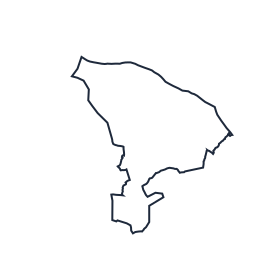 Ihitte/Uboma, Imo, Nigeria (Natural Earth projection), rotated 315°
{"feature_id": "59680162B14530293305891", "entity_name": "Ihitte/Uboma", "entity_type": "district", "adm_level": 2, "iso_a3": "NGA", "parent_name": "Nigeria", "parent_adm1": "Imo", "projection": "natural_earth1", "projection_center": [7.376, 5.644], "detail": "fine", "context": "isolated", "style": "outline", "palette": "slate", "viewbox_px": 256, "rotation_deg": 315, "n_neighbors": 0, "source": "geoboundaries", "source_scale": "gbopen_adm2", "svg_char_len": 3226}
<svg xmlns="http://www.w3.org/2000/svg" viewBox="0 0 256 256"><g transform="rotate(315 128 128)"><path d="M57.0,206.0L59.6,206.7L62.3,208.7L64.4,210.5L64.7,211.1L67.1,211.0L68.2,210.7L70.6,210.9L76.5,209.5L88.0,198.0L104.1,202.0L105.8,198.6L101.6,193.2L93.2,190.5L93.3,188.4L93.6,187.2L94.3,185.2L95.1,182.5L97.0,179.3L98.8,179.6L101.4,180.5L102.5,180.5L104.3,180.2L105.7,179.6L107.2,179.0L108.0,179.1L108.4,179.6L110.0,180.3L111.6,180.1L115.9,179.6L116.2,180.0L118.8,181.2L121.0,181.4L123.3,182.7L124.9,183.5L125.4,183.7L126.8,184.1L128.3,184.9L129.3,185.6L130.4,187.1L131.6,188.7L132.1,189.8L132.8,190.7L133.5,191.3L133.6,192.1L133.6,193.0L133.3,193.7L133.1,195.6L133.0,196.3L134.1,196.9L136.4,198.9L137.6,199.0L153.1,209.1L155.9,207.0L157.0,206.0L157.4,205.4L158.0,205.0L158.7,205.0L159.6,204.3L159.9,204.1L160.6,204.0L161.2,203.8L161.6,203.6L162.2,202.9L162.9,202.5L163.1,202.5L163.9,202.0L166.2,200.6L167.6,199.7L168.4,200.0L168.5,199.8L168.6,200.4L168.8,200.9L169.3,201.8L169.4,202.8L169.6,203.7L169.8,204.6L169.9,205.4L169.8,205.9L169.8,206.5L170.3,206.4L170.9,206.2L171.4,205.9L171.9,205.0L172.2,204.5L172.4,204.5L173.2,204.4L173.7,204.5L174.1,204.5L174.4,204.3L174.8,204.2L175.2,204.1L175.6,204.0L176.0,204.0L176.3,204.2L176.7,204.4L177.5,204.7L178.0,204.6L178.5,204.8L179.1,204.7L179.6,204.5L180.0,204.4L180.6,204.0L181.2,203.5L183.2,203.8L183.9,203.7L185.2,203.8L186.1,204.1L186.8,204.1L187.2,203.9L187.6,203.9L188.2,203.9L188.9,204.3L189.7,203.7L190.2,203.5L190.6,203.5L191.0,203.6L191.7,203.7L193.2,203.7L193.9,203.5L194.2,203.2L194.7,203.2L195.7,203.0L194.6,204.7L194.4,205.4L194.6,205.8L195.8,205.9L196.8,206.6L197.3,203.4L197.7,197.6L198.4,193.4L199.1,188.8L199.8,185.3L200.5,181.8L201.9,178.7L204.2,174.5L202.1,167.7L201.4,165.5L201.0,164.4L200.6,161.5L200.4,159.8L199.8,154.9L199.8,154.4L198.8,150.9L197.5,148.5L196.6,144.7L192.9,140.0L191.7,135.7L190.7,133.0L189.7,130.3L188.4,126.1L187.2,121.8L187.5,118.3L187.6,115.2L187.3,111.7L186.0,107.1L185.7,104.4L185.4,103.6L184.4,101.3L182.7,97.8L181.1,94.3L180.2,92.3L179.5,90.8L178.5,87.7L176.2,83.4L172.6,79.9L170.0,78.0L167.7,76.8L164.7,73.7L161.7,71.0L158.8,67.8L158.4,67.6L156.8,66.3L154.8,63.9L153.3,61.7L151.9,59.7L150.2,57.3L148.1,54.1L146.9,51.5L146.2,48.6L146.0,47.6L145.4,44.9L134.2,50.4L124.9,51.8L127.4,56.1L127.8,56.8L130.1,63.1L127.6,73.0L119.5,80.3L118.3,87.3L117.1,96.0L117.2,109.7L109.4,123.7L108.5,125.2L107.4,126.5L106.9,127.5L106.3,128.8L106.5,129.6L107.1,131.2L107.7,132.1L108.3,133.4L109.8,135.2L110.7,136.5L111.4,137.6L111.5,138.2L110.0,139.7L108.1,142.2L106.5,144.0L105.6,144.7L105.0,143.7L104.3,143.6L103.1,144.3L103.1,145.3L102.2,145.5L100.7,145.8L100.2,146.3L98.7,147.2L97.4,148.0L95.8,148.6L95.5,148.5L93.6,147.9L93.5,148.8L93.6,150.0L93.5,151.1L92.9,152.5L92.9,152.8L94.2,153.7L95.1,154.7L95.9,155.4L96.8,156.0L97.6,156.2L92.5,166.0L90.2,165.0L87.9,164.8L87.9,165.4L87.0,166.1L86.7,166.3L86.3,166.1L85.7,166.0L84.8,165.7L84.2,165.5L83.5,165.7L82.0,166.4L81.5,167.3L80.3,167.9L79.9,168.4L79.7,169.0L77.5,170.1L76.6,170.7L76.7,171.9L75.6,170.5L72.3,166.8L70.5,164.4L69.1,163.3L65.6,168.4L51.8,182.0L53.7,185.8L55.2,185.9L59.7,194.5L60.9,198.6L59.8,200.5L57.7,202.8L57.0,206.0Z" fill="none" stroke="#1e293b" stroke-width="2"/></g></svg>